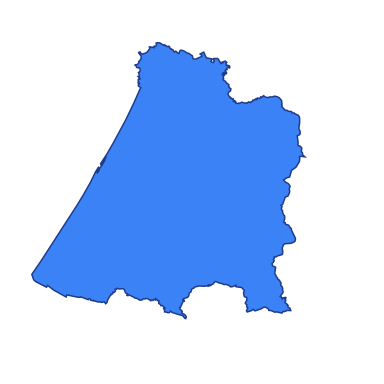 Kebumen, Jawa Tengah, Indonesia (Natural Earth projection), rotated 107°
{"feature_id": "22746128B26305825050369", "entity_name": "Kebumen", "entity_type": "district", "adm_level": 2, "iso_a3": "IDN", "parent_name": "Indonesia", "parent_adm1": "Jawa Tengah", "projection": "natural_earth1", "projection_center": [109.604, -7.644], "detail": "fine", "context": "isolated", "style": "filled", "palette": "blue", "viewbox_px": 384, "rotation_deg": 107, "n_neighbors": 0, "source": "geoboundaries", "source_scale": "gbopen_adm2", "svg_char_len": 5870}
<svg xmlns="http://www.w3.org/2000/svg" viewBox="0 0 384 384"><g transform="rotate(107 192 192)"><path d="M86.5,117.3L87.2,119.2L86.3,119.8L86.0,120.9L86.6,123.1L86.1,125.2L86.6,126.7L84.0,131.2L82.7,131.2L82.3,131.8L81.5,131.7L78.3,133.1L76.5,135.9L76.0,137.8L76.1,140.6L76.6,141.8L77.6,142.9L78.5,145.9L79.5,146.7L79.8,149.5L79.0,151.7L79.9,151.9L80.0,152.6L80.9,153.0L81.0,154.1L81.6,154.1L81.6,153.5L81.9,153.6L82.1,154.5L82.8,155.0L83.0,156.9L83.7,157.0L84.0,157.9L84.8,157.3L85.3,159.3L86.5,159.7L86.4,160.7L87.7,160.8L88.6,162.1L89.5,162.4L89.3,164.3L90.9,165.3L90.8,166.2L91.6,167.0L91.5,170.6L93.2,172.2L93.2,173.2L94.0,173.8L94.0,175.3L94.3,175.9L93.2,176.6L93.2,178.5L92.8,178.1L92.7,178.9L92.4,178.9L92.2,178.2L91.7,179.8L90.9,179.9L91.4,180.8L90.8,181.4L90.9,182.7L90.2,182.8L89.7,184.4L87.8,186.4L85.4,185.9L84.1,184.7L81.9,185.0L81.2,187.3L80.5,187.3L79.6,188.2L78.5,188.2L77.5,191.2L76.3,192.3L76.3,193.4L75.6,194.9L74.4,194.8L74.2,195.5L71.7,195.6L71.2,197.2L70.5,196.7L70.5,195.0L70.0,194.9L69.4,197.3L68.3,196.1L68.8,195.1L68.9,193.9L68.0,193.7L67.7,194.3L66.8,194.7L66.4,195.8L65.0,195.2L64.6,194.2L63.7,194.9L62.2,194.3L62.5,192.5L62.2,192.3L61.4,192.3L61.2,193.2L60.4,193.3L60.4,195.0L61.0,196.1L59.1,197.2L57.9,196.6L57.1,198.5L59.0,201.1L59.5,200.5L59.9,201.5L60.7,201.9L57.1,205.9L56.9,207.0L58.2,210.6L59.0,210.5L59.9,209.2L61.0,209.2L62.0,209.6L62.0,211.7L61.5,212.1L59.8,211.8L58.9,212.2L59.5,217.5L54.8,221.7L57.7,224.6L58.7,222.2L59.5,222.3L63.9,227.4L64.2,228.4L64.0,230.2L61.7,231.4L60.4,235.4L60.4,237.8L59.5,240.7L59.4,242.7L59.8,244.5L60.5,244.9L63.1,244.9L63.5,245.6L62.1,248.7L63.2,249.8L63.2,250.4L61.8,251.5L61.9,252.2L61.3,253.1L61.6,253.8L61.0,254.2L60.7,255.6L59.5,256.1L59.5,257.3L60.0,257.6L60.1,258.4L59.6,260.0L60.0,260.7L59.4,261.1L59.9,261.5L59.6,261.9L59.9,262.5L58.8,266.3L59.3,268.7L60.1,269.9L61.9,268.8L63.3,269.5L63.6,270.7L65.1,270.5L65.3,271.1L64.7,271.5L65.5,272.9L65.3,274.5L65.8,275.1L66.2,274.4L67.0,274.3L71.0,275.6L72.4,276.6L74.6,279.7L74.5,281.0L73.2,282.8L73.6,283.4L74.6,283.7L76.9,280.3L79.4,279.7L82.0,280.4L82.7,281.1L83.5,280.6L85.3,281.1L86.8,282.5L86.9,283.5L87.4,283.5L87.4,282.4L88.7,281.8L89.1,281.0L89.0,280.0L88.6,279.6L89.0,278.9L88.7,278.4L90.6,277.0L92.5,277.3L93.4,278.2L94.4,277.2L95.6,276.9L96.3,276.2L97.1,276.3L97.4,277.2L98.9,274.8L99.5,275.1L99.5,276.0L100.4,276.3L101.9,275.7L103.3,274.3L103.6,275.2L104.3,274.1L105.4,274.7L106.4,274.1L107.0,271.6L123.6,273.6L142.2,276.4L168.5,281.7L180.6,284.5L191.7,287.7L192.5,287.2L191.7,286.5L187.8,286.1L183.0,284.4L187.9,284.8L191.8,285.7L192.1,286.2L192.8,285.8L196.2,287.2L199.1,287.3L201.4,288.1L200.5,289.2L198.2,288.6L195.0,288.5L200.7,290.1L212.2,291.9L226.7,295.1L238.7,298.2L302.7,316.4L317.6,321.1L322.3,317.7L323.4,315.2L325.6,303.3L323.5,302.8L326.2,295.7L329.2,281.7L327.0,281.6L326.0,270.4L325.4,268.1L324.8,267.8L325.3,259.8L324.4,259.8L324.0,258.5L324.0,257.7L325.1,257.5L324.9,254.2L324.4,254.2L324.7,253.0L324.6,249.3L323.9,247.5L324.1,246.4L322.7,243.8L324.1,241.9L322.6,241.0L320.0,241.1L315.2,240.0L314.1,239.3L313.3,239.5L312.7,238.1L310.9,238.3L310.7,236.9L309.2,236.3L307.5,237.1L307.1,235.7L306.0,235.5L306.0,233.1L304.8,230.2L304.8,228.4L307.9,226.1L308.3,223.9L309.7,224.2L309.9,223.0L308.9,222.8L309.1,219.6L309.5,218.5L309.4,217.2L310.1,215.8L309.9,213.1L310.7,210.4L310.0,208.4L308.4,207.3L307.9,205.4L307.2,205.0L307.1,202.5L308.0,199.6L307.2,199.4L307.1,197.6L305.8,197.0L306.0,195.3L304.9,195.5L305.5,194.6L305.0,194.0L305.9,192.9L305.7,192.0L308.3,191.2L308.8,189.4L309.8,188.5L309.3,187.2L310.8,183.9L311.6,185.1L313.5,183.4L314.7,183.2L314.4,182.1L314.5,180.0L314.1,178.6L312.2,177.4L312.9,176.3L313.1,174.2L313.0,164.9L314.8,162.0L314.9,161.0L313.5,160.8L312.4,161.5L311.2,163.5L310.8,166.4L309.3,166.3L308.1,167.6L308.0,168.6L306.2,170.1L305.5,169.3L299.3,168.5L298.7,167.4L297.9,167.7L297.8,169.3L297.5,169.4L296.1,168.4L294.1,165.5L292.4,164.7L289.4,165.1L287.9,163.8L284.7,163.8L283.3,162.1L282.0,161.5L279.7,157.6L278.6,152.7L277.5,150.8L277.4,149.1L276.5,147.7L276.2,149.2L275.9,149.0L275.9,147.2L273.9,145.0L270.8,143.7L270.7,141.1L271.1,139.7L270.8,136.7L271.2,134.4L270.5,132.7L270.5,130.7L270.6,129.2L271.4,127.6L270.9,126.0L268.4,122.8L269.5,122.6L269.7,121.9L268.8,116.7L270.8,113.2L273.2,113.3L276.2,111.8L276.8,111.1L276.8,108.9L277.3,108.6L279.8,108.0L281.9,108.6L283.0,108.4L284.0,106.5L285.9,106.1L286.4,104.8L289.7,105.2L290.6,104.1L288.2,100.6L286.3,99.2L287.2,97.6L287.1,96.7L283.5,91.7L281.2,89.7L280.6,88.1L281.4,84.9L282.8,83.9L282.3,81.8L282.7,77.5L281.9,75.9L281.5,70.6L279.7,70.0L279.1,68.1L277.6,66.7L276.5,62.9L274.4,64.4L274.3,66.1L273.9,66.6L272.8,67.4L272.5,66.9L271.6,68.0L270.7,70.5L269.4,71.0L268.6,70.5L267.7,71.0L267.1,72.2L266.7,71.5L265.9,71.2L265.4,71.5L266.9,74.7L267.7,74.7L266.2,76.0L266.0,77.2L261.7,75.6L260.4,75.8L258.7,77.0L257.8,77.0L256.2,78.2L255.2,79.9L252.9,80.3L252.5,81.1L250.7,82.6L250.8,83.2L250.1,84.6L249.3,85.0L248.5,86.3L245.5,89.1L239.5,90.0L239.0,93.5L236.9,94.6L235.4,93.6L233.5,93.4L232.8,94.4L231.8,94.0L229.8,94.3L229.6,92.8L228.5,92.0L225.3,87.3L222.5,87.7L219.2,89.4L215.3,89.0L214.2,87.7L212.1,82.3L209.9,79.7L208.9,79.1L206.2,79.4L199.3,85.8L197.9,86.4L196.8,88.5L195.5,89.8L195.5,93.1L194.1,93.9L194.3,95.1L193.6,95.5L190.6,95.5L187.8,96.4L186.9,97.9L185.3,99.2L183.2,100.1L182.8,101.2L181.1,101.8L179.7,101.6L178.7,103.0L177.4,101.7L169.8,101.4L167.7,99.0L164.4,98.6L162.4,98.9L160.1,100.2L158.6,99.7L157.4,100.2L155.9,102.2L155.1,105.8L153.7,107.9L150.7,105.5L149.1,103.0L142.2,103.1L137.9,99.8L131.6,98.2L128.6,98.7L126.7,99.5L126.0,98.3L125.4,94.4L124.2,96.7L123.6,97.4L122.4,97.7L121.4,99.2L117.6,100.0L116.4,102.4L116.7,103.9L115.8,104.6L113.6,105.0L107.6,107.8L105.8,105.9L104.5,105.6L102.3,106.4L100.1,108.4L94.2,109.3L89.1,111.0L87.5,112.9L87.1,116.6L86.5,117.3Z" fill="#3b82f6" stroke="#1e3a8a" stroke-width="1.5"/></g></svg>